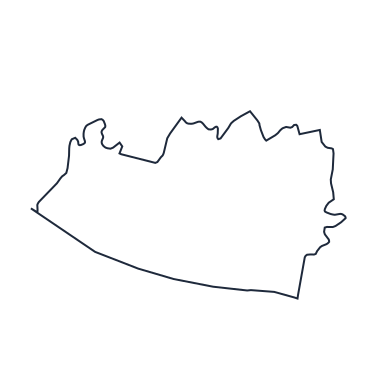 map outline of Escuintla (Albers equal-area conic projection), rotated 10°
{"feature_id": "GTM-1950", "entity_name": "Escuintla", "entity_type": "Department", "adm_level": 1, "iso_a3": "GTM", "parent_name": "Guatemala", "parent_adm1": "", "projection": "albers", "projection_center": [-91.003, 14.2], "detail": "fine", "context": "isolated", "style": "outline", "palette": "slate", "viewbox_px": 384, "rotation_deg": 10, "n_neighbors": 0, "source": "natural_earth", "source_scale": "10m", "svg_char_len": 2561}
<svg xmlns="http://www.w3.org/2000/svg" viewBox="0 0 384 384"><g transform="rotate(10 192 192)"><path d="M314.4,278.6L311.1,278.1L290.3,276.1L267.0,278.4L263.5,279.4L229.2,281.6L189.0,280.9L152.3,276.8L107.0,267.8L36.2,236.1L43.3,238.9L43.0,236.4L41.9,231.6L42.2,230.1L42.9,228.4L57.5,206.8L60.0,201.5L61.4,199.1L63.0,197.5L64.9,195.1L65.3,190.1L64.6,177.6L63.5,170.3L63.3,167.8L63.5,164.0L64.1,161.9L64.5,160.9L67.6,158.9L70.0,160.6L71.1,162.1L71.8,164.5L72.2,165.1L73.0,165.4L74.3,165.1L76.4,163.8L77.4,162.9L78.0,162.0L77.9,161.2L77.7,160.5L76.2,157.7L75.6,156.2L75.1,153.5L75.0,151.5L75.1,149.6L75.7,147.0L76.3,145.5L76.7,144.9L77.8,143.8L86.4,137.5L87.8,136.7L90.2,136.0L91.4,136.4L92.7,137.4L94.6,140.5L95.2,142.0L95.2,143.2L93.0,146.4L92.7,147.2L92.5,148.0L92.5,148.8L92.8,149.5L93.2,150.3L94.7,152.4L95.0,153.3L95.0,154.3L94.4,156.9L94.3,157.8L94.4,158.7L94.7,159.6L95.3,160.6L96.6,161.9L98.1,162.8L99.2,163.3L101.2,163.6L104.2,163.5L106.6,162.0L112.1,155.9L115.4,159.2L113.9,166.6L115.8,167.1L150.8,169.7L152.7,168.5L155.3,163.2L156.7,161.2L157.1,160.0L157.4,158.3L158.3,143.4L160.3,138.1L168.8,120.6L173.0,123.7L173.7,124.4L175.1,125.1L176.5,125.3L179.2,125.0L180.6,124.6L181.6,124.2L185.6,121.9L186.4,121.6L187.2,121.4L188.1,121.3L189.5,121.8L191.0,122.8L194.0,125.4L195.8,126.6L197.4,127.4L199.6,127.2L200.7,126.8L201.6,126.3L203.1,124.5L204.2,123.6L205.0,123.4L205.8,123.9L206.5,125.1L207.2,130.1L207.2,132.7L207.4,133.7L207.8,134.5L208.7,135.4L210.8,134.3L216.6,122.7L218.3,118.2L218.7,117.4L220.8,114.7L227.1,108.8L235.1,102.4L243.9,110.1L246.3,112.7L246.6,113.4L246.8,114.3L249.1,119.1L252.9,125.4L254.8,127.5L256.2,128.5L264.1,121.7L266.1,119.4L266.6,118.7L268.1,116.0L269.5,114.2L270.2,113.5L270.8,113.1L273.4,111.6L277.7,111.6L279.4,110.6L280.9,108.3L282.9,107.7L284.1,108.5L284.5,109.2L287.9,116.4L307.1,108.7L311.0,120.2L315.4,124.1L317.9,124.9L321.8,124.8L322.7,125.0L323.4,125.3L324.7,129.4L326.7,145.3L326.5,155.6L327.4,159.3L331.1,167.8L332.9,174.5L328.5,178.8L326.7,182.3L325.8,185.7L325.8,187.2L326.3,188.1L327.0,188.4L328.2,188.8L332.3,189.6L334.2,189.7L336.2,189.7L337.0,189.5L341.7,187.8L342.9,187.7L344.2,187.9L346.8,189.2L347.6,190.2L347.8,191.1L344.1,195.9L339.2,200.6L337.2,201.8L336.5,202.1L330.9,203.0L328.9,204.0L329.0,208.3L330.0,210.3L330.6,211.0L334.9,215.0L335.5,216.3L335.7,217.3L335.3,218.0L334.4,219.2L333.2,220.2L329.3,222.6L327.8,224.1L325.5,228.4L324.6,231.5L323.9,231.9L323.0,232.4L319.6,232.9L316.2,233.8L315.0,235.1L314.4,236.7L314.3,275.2L314.4,278.6Z" fill="none" stroke="#1e293b" stroke-width="2"/></g></svg>